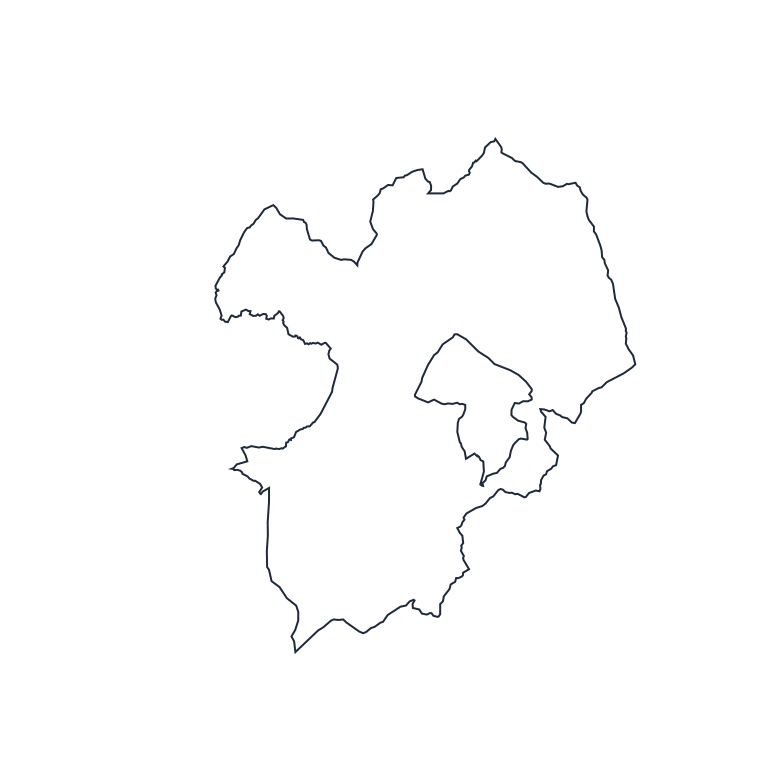 Mufindi, Iringa, United Republic of Tanzania (orthographic projection), rotated 123°
{"feature_id": "72390352B52349151211707", "entity_name": "Mufindi", "entity_type": "district", "adm_level": 2, "iso_a3": "TZA", "parent_name": "United Republic of Tanzania", "parent_adm1": "Iringa", "projection": "orthographic", "projection_center": [35.243, -8.57], "detail": "fine", "context": "isolated", "style": "outline", "palette": "slate", "viewbox_px": 768, "rotation_deg": 123, "n_neighbors": 0, "source": "geoboundaries", "source_scale": "gbopen_adm2", "svg_char_len": 6167}
<svg xmlns="http://www.w3.org/2000/svg" viewBox="0 0 768 768"><g transform="rotate(123 384 384)"><path d="M230.6,184.0L224.4,190.7L221.8,197.4L218.4,203.2L213.6,205.7L212.4,207.1L208.9,208.4L207.7,210.2L205.7,211.3L198.7,221.3L192.0,228.7L186.8,236.4L175.4,246.4L172.8,250.3L172.4,253.4L171.2,255.6L166.6,257.9L162.6,264.4L159.9,266.8L158.8,270.2L153.5,274.2L149.9,278.2L143.0,287.6L141.7,291.1L137.7,293.6L134.8,301.6L132.5,304.7L129.1,308.2L118.6,313.7L117.4,315.5L116.9,320.1L115.0,324.1L112.4,327.0L112.4,329.9L110.9,333.0L115.9,338.0L116.5,339.6L120.7,341.7L123.9,345.4L125.8,354.4L128.1,357.7L128.5,360.1L126.9,368.5L126.5,375.7L123.4,387.8L123.4,390.0L125.6,395.6L124.8,399.8L126.0,410.8L125.6,411.9L123.2,412.9L121.4,414.9L117.8,424.1L120.4,423.7L123.1,426.3L130.7,428.1L135.7,426.1L139.0,426.1L146.8,427.7L146.7,428.7L149.2,429.0L149.9,429.8L153.5,428.7L158.0,429.2L159.1,428.8L160.1,427.2L162.1,426.8L165.0,429.3L167.4,429.6L170.6,431.6L175.9,431.7L181.0,433.9L185.2,433.3L186.7,434.0L187.0,435.2L191.8,438.0L200.1,450.8L195.7,450.2L192.0,452.5L189.7,455.7L190.3,457.1L189.3,461.1L182.9,468.6L186.3,472.5L190.6,475.9L196.4,478.5L197.8,480.0L199.9,480.1L204.5,485.9L212.7,485.0L214.9,489.0L220.6,491.3L222.5,492.8L226.0,491.6L228.9,491.8L235.3,493.6L236.8,492.1L245.0,487.5L255.3,484.0L260.1,477.6L261.8,472.1L262.9,471.2L273.5,470.7L280.1,473.4L284.4,474.1L296.5,472.4L299.0,471.0L297.7,475.9L297.8,479.2L301.2,485.4L303.3,487.6L305.1,494.3L304.4,501.8L301.1,507.1L301.0,510.0L298.3,514.8L298.9,516.9L303.0,522.7L303.1,524.8L296.2,532.9L292.4,535.9L291.5,537.7L291.7,539.3L290.4,541.2L294.8,550.7L298.5,556.1L298.3,563.7L295.0,570.2L294.3,574.3L302.7,579.4L313.6,579.9L316.3,580.9L320.7,580.7L323.4,581.8L325.8,581.9L327.7,583.7L332.3,584.0L341.3,583.0L347.1,581.4L350.3,581.6L356.8,580.7L360.9,582.5L366.3,581.9L372.9,582.7L373.2,580.7L377.4,578.7L380.4,579.8L381.3,579.1L384.1,579.6L393.5,578.8L395.5,577.1L395.9,575.4L395.2,574.5L395.8,573.7L397.2,574.8L399.0,575.0L400.9,572.7L403.9,572.2L405.4,571.2L407.2,569.3L411.0,562.4L415.1,557.4L418.4,556.7L418.5,554.9L417.5,553.7L418.3,551.3L417.2,548.7L410.3,549.4L409.3,548.9L408.9,545.1L407.2,543.2L405.9,543.1L404.6,541.3L400.9,543.1L396.8,540.3L396.7,537.5L395.6,535.7L398.5,534.7L398.2,530.8L396.3,528.4L394.3,527.8L394.5,525.4L391.0,523.4L389.8,521.2L390.6,519.5L393.4,518.3L392.7,515.8L390.8,514.8L389.1,512.1L386.7,513.1L382.3,511.6L380.2,511.7L380.0,511.0L381.8,505.8L383.4,504.0L385.7,503.7L386.3,502.2L387.8,501.8L389.0,499.8L389.7,495.8L394.3,491.2L393.9,486.1L392.7,484.5L391.6,484.7L391.2,483.9L391.3,482.5L392.4,481.2L392.1,480.2L390.8,479.9L391.7,477.9L391.2,475.6L393.4,472.0L391.8,470.6L391.8,468.9L389.9,468.2L389.9,467.0L388.2,465.9L387.4,463.5L385.4,462.1L385.2,458.0L381.7,456.1L381.2,455.2L383.3,448.0L385.7,448.1L389.3,446.8L392.3,443.5L393.2,433.8L394.4,432.5L396.3,431.1L415.3,425.0L418.9,423.3L443.7,420.9L454.0,421.6L454.8,422.5L459.9,423.2L461.5,425.4L463.4,426.1L464.5,427.5L466.1,427.7L467.5,429.3L472.2,431.6L477.7,430.5L480.5,432.4L481.6,431.6L482.2,433.2L485.2,432.9L486.5,434.1L489.6,432.3L493.5,433.9L493.8,435.1L495.7,436.5L497.0,439.5L498.0,440.0L502.7,451.5L505.4,454.3L508.4,461.5L512.2,464.2L513.0,466.9L515.3,468.5L519.3,461.2L523.3,456.5L531.6,463.7L536.4,464.3L538.0,465.5L537.3,463.9L537.8,462.7L535.9,460.3L535.0,457.3L535.4,454.8L536.4,453.9L535.8,448.0L536.6,445.4L536.2,440.6L535.3,439.3L535.3,433.4L537.2,429.8L542.7,429.8L543.4,427.9L543.4,427.3L540.2,427.1L533.8,423.8L545.7,416.1L563.4,406.2L574.3,398.9L588.2,391.1L601.2,382.3L602.4,379.3L610.6,370.9L611.2,361.0L616.5,348.9L617.7,336.9L621.8,331.8L629.1,327.1L638.7,324.5L646.1,324.1L648.8,319.2L657.1,312.3L626.5,305.0L621.1,302.4L611.4,299.6L608.9,298.0L606.6,293.5L603.7,290.0L604.5,285.6L605.1,270.1L604.4,265.8L601.5,263.8L596.0,262.1L592.6,259.5L586.1,257.0L584.0,255.3L575.8,255.1L561.8,248.9L557.8,244.9L552.4,244.1L548.8,241.6L548.9,240.5L553.0,240.2L556.1,237.8L553.9,231.5L555.9,227.2L554.0,222.4L551.2,220.8L550.3,219.4L551.5,216.3L550.1,212.2L549.1,211.5L546.5,211.5L538.0,217.0L534.1,216.2L529.6,218.2L520.2,217.4L515.8,218.9L511.2,216.6L507.4,217.8L506.3,215.9L503.1,213.9L501.6,213.6L499.2,214.9L493.0,211.8L488.2,221.6L486.8,222.9L484.8,223.3L482.0,228.6L478.7,229.8L477.5,231.2L474.4,230.9L468.6,235.6L467.6,239.2L464.9,244.1L461.9,242.3L459.8,242.2L457.1,243.0L454.0,242.6L452.8,244.5L447.8,244.4L437.9,239.3L432.7,235.0L428.8,233.7L421.9,233.0L418.7,231.1L411.0,230.4L408.7,229.2L407.9,227.0L408.5,223.3L407.0,219.4L405.6,217.7L404.9,213.8L403.3,212.0L402.6,204.6L401.5,203.5L396.4,203.0L390.6,198.6L389.3,195.2L386.7,195.7L383.7,198.1L382.2,198.1L379.2,199.9L373.8,200.3L371.6,198.9L368.4,199.8L363.9,197.6L361.1,197.5L358.3,195.5L349.2,199.1L347.3,209.2L345.9,211.0L343.2,218.8L336.5,221.5L333.3,225.8L323.5,230.6L321.7,237.1L319.9,239.2L318.0,235.6L316.8,230.4L314.0,228.3L315.3,223.5L314.4,219.1L314.7,216.6L312.9,211.5L314.0,205.4L312.8,202.6L302.0,203.1L299.8,203.7L294.2,207.4L291.1,206.0L286.3,206.4L278.2,205.0L276.6,205.3L270.4,201.7L268.3,199.7L261.1,198.2L244.6,188.8L235.2,185.0L230.6,184.0ZM356.9,240.9L364.5,242.4L370.9,241.2L377.0,238.7L383.5,239.1L386.9,237.9L389.7,238.5L391.6,240.1L397.1,240.9L399.9,243.7L405.5,247.5L409.5,246.4L413.6,247.4L415.5,245.4L415.9,246.5L415.8,248.5L403.1,252.5L394.9,258.5L395.2,261.5L393.4,264.5L393.1,266.5L393.8,266.5L393.1,270.3L402.1,274.5L396.5,279.7L394.4,284.6L391.9,287.2L391.7,288.5L384.3,296.4L376.4,300.9L372.5,302.1L368.8,300.7L366.0,300.9L360.7,302.2L357.3,304.5L358.0,307.4L359.7,309.5L359.9,312.5L363.4,315.7L365.4,319.7L367.9,322.1L369.1,324.9L369.8,333.5L375.4,337.0L377.5,347.4L377.5,351.3L376.1,352.2L361.7,353.8L358.0,355.3L344.0,357.5L332.4,357.7L328.1,356.2L318.9,356.4L307.4,351.7L304.0,351.9L302.4,349.8L301.8,339.5L305.4,322.4L305.3,310.7L307.1,302.1L303.7,285.7L303.1,276.0L304.7,266.2L307.8,257.4L309.4,256.3L313.6,256.6L314.7,253.1L316.3,251.8L317.1,251.9L320.1,253.9L322.8,258.0L326.9,260.2L328.7,264.0L336.1,263.0L340.7,260.2L341.4,257.8L341.7,251.5L339.6,244.9L340.0,243.0L344.0,241.2L346.9,237.4L351.8,233.6L352.8,233.8L355.1,239.3L356.9,240.9Z" fill="none" stroke="#1e293b" stroke-width="2"/></g></svg>